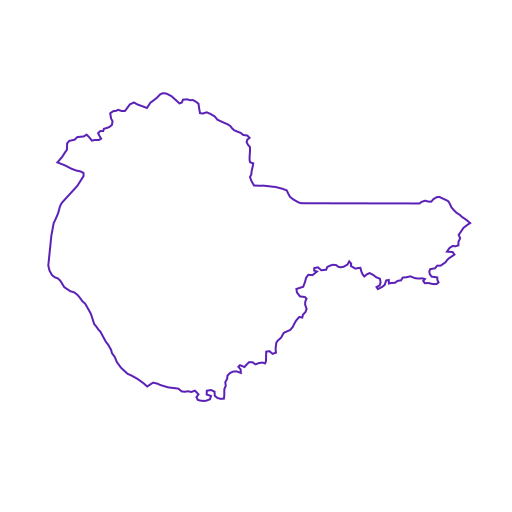 the district of Xambioá, Tocantins, Brazil, rotated 277°
{"feature_id": "56859067B21009603096166", "entity_name": "Xambioá", "entity_type": "district", "adm_level": 2, "iso_a3": "BRA", "parent_name": "Brazil", "parent_adm1": "Tocantins", "projection": "mercator", "projection_center": [-48.449, -6.599], "detail": "fine", "context": "isolated", "style": "outline", "palette": "violet", "viewbox_px": 512, "rotation_deg": 277, "n_neighbors": 0, "source": "geoboundaries", "source_scale": "gbopen_adm2", "svg_char_len": 4163}
<svg xmlns="http://www.w3.org/2000/svg" viewBox="0 0 512 512"><g transform="rotate(277 256 256)"><path d="M113.2,163.9L117.7,169.2L117.3,173.7L116.3,176.7L114.9,184.8L114.9,195.0L112.5,198.9L112.6,201.8L113.5,205.4L113.1,208.2L114.9,211.8L111.7,215.8L108.6,214.1L106.1,215.8L105.7,218.2L105.7,220.7L106.1,223.8L108.2,227.8L111.6,228.4L112.5,223.9L116.3,223.6L117.5,227.8L116.3,231.4L112.2,232.1L110.4,235.0L109.9,238.2L110.5,241.5L113.7,241.5L120.0,240.8L123.5,241.8L127.0,240.9L130.5,242.3L133.9,242.3L136.7,244.5L138.5,247.3L139.1,250.9L138.1,255.2L141.5,254.6L143.9,252.0L145.7,253.4L144.4,258.1L147.5,260.2L149.8,262.1L150.1,265.5L148.4,268.7L150.1,271.9L151.0,275.3L150.5,278.1L152.9,278.7L157.1,278.3L162.3,277.8L163.2,280.9L160.9,284.4L162.5,287.6L165.8,286.8L169.1,286.7L172.7,286.8L175.0,288.2L177.9,290.8L183.1,292.9L186.8,299.0L190.0,301.1L193.5,302.3L197.0,303.8L200.8,306.4L200.5,309.4L203.5,309.8L206.4,311.9L209.4,312.7L214.0,310.6L217.1,310.5L219.8,311.4L221.3,309.4L221.2,304.6L224.8,301.1L228.2,300.1L231.2,306.6L236.1,307.8L240.5,308.4L243.7,310.2L243.9,314.4L248.0,318.4L248.6,315.5L251.1,315.3L252.3,318.9L249.8,322.5L250.9,327.3L253.8,328.1L255.6,330.9L256.7,333.6L256.7,336.7L255.3,339.0L255.1,341.3L256.0,344.3L258.7,347.9L262.0,349.2L260.0,351.4L257.6,351.4L255.6,356.2L256.4,358.6L257.0,361.0L253.4,362.5L250.6,364.2L248.9,366.0L251.1,368.0L252.9,370.8L251.6,374.4L249.6,377.9L248.5,381.8L244.7,382.9L241.9,382.3L239.9,379.4L238.0,381.0L240.8,385.1L242.9,387.2L247.6,388.2L248.4,390.7L244.9,391.3L245.7,393.5L246.4,397.3L248.6,399.6L249.5,402.9L252.5,404.3L253.1,407.5L254.6,411.7L253.4,416.4L253.4,420.0L254.1,423.9L253.7,426.4L251.6,425.0L249.6,426.9L250.2,430.8L249.7,434.6L250.1,438.5L252.0,440.4L254.2,439.0L256.8,438.5L256.9,435.9L256.9,432.9L259.0,430.8L261.6,429.9L264.1,430.5L265.7,435.3L268.5,437.0L268.9,440.4L272.8,444.8L275.0,446.0L277.0,447.5L281.6,452.8L283.9,450.7L283.6,445.0L287.3,446.9L289.9,449.9L289.9,452.5L291.2,455.6L294.9,455.2L298.5,456.5L301.6,454.6L303.9,455.8L309.2,458.5L312.4,461.7L314.8,464.5L317.4,460.5L318.5,458.5L319.8,455.8L321.6,453.4L323.4,449.7L326.0,446.3L328.2,444.0L331.9,441.7L333.9,440.0L334.7,437.8L336.1,433.4L337.0,430.9L336.5,428.4L334.1,425.2L331.3,423.3L331.0,420.6L331.5,417.1L329.9,413.7L328.1,412.0L322.5,365.8L321.0,353.4L320.6,349.7L320.2,347.0L313.9,294.5L314.3,291.8L316.8,285.9L318.8,282.6L322.4,280.0L324.8,278.6L325.8,274.8L326.5,270.1L326.9,266.7L326.8,263.7L326.8,258.2L326.7,254.7L326.2,251.3L325.7,245.5L328.0,243.7L330.3,242.1L333.7,240.4L336.2,241.4L339.3,241.3L344.2,241.8L347.6,242.0L348.3,238.7L350.6,237.9L354.5,237.5L359.0,237.3L363.4,236.7L365.4,234.5L367.8,232.8L370.4,233.2L372.5,235.2L374.5,232.7L374.6,228.4L376.3,225.9L377.2,222.3L378.2,218.9L379.9,216.6L381.7,214.9L383.1,212.3L384.3,208.2L385.7,203.8L386.6,201.1L389.5,198.0L391.5,193.4L392.6,189.6L390.9,185.7L391.0,183.0L395.1,181.7L400.1,180.4L401.8,177.6L403.1,174.3L402.6,171.6L403.1,168.7L402.3,164.5L399.3,163.7L398.1,161.4L400.6,158.0L402.4,155.4L404.3,152.7L405.3,150.0L406.3,147.3L406.2,143.6L404.7,141.1L401.0,138.4L397.4,134.8L395.4,132.6L392.3,131.0L389.6,129.7L390.8,125.0L392.0,119.7L393.5,116.2L391.2,112.4L384.0,108.3L383.5,105.1L384.3,101.4L383.0,99.4L382.4,96.7L379.9,93.9L374.8,95.4L372.2,97.2L368.5,97.0L366.3,94.9L365.1,92.8L363.7,89.5L361.4,89.1L361.0,86.1L358.6,84.3L355.7,86.3L353.6,88.0L352.0,85.9L351.5,81.7L350.5,79.1L353.6,75.9L355.8,73.1L353.6,70.3L352.3,64.2L349.3,61.8L347.5,56.6L344.7,54.8L338.5,55.4L334.7,53.4L331.1,51.7L324.7,47.5L322.6,55.6L320.1,62.2L318.9,67.4L318.6,71.3L317.5,74.6L314.4,75.1L303.8,70.1L285.7,57.2L283.3,56.0L280.8,55.3L277.7,54.9L274.0,54.3L267.8,52.5L264.2,51.2L251.2,50.4L221.2,51.0L216.4,52.8L212.2,55.8L210.3,59.0L209.6,62.1L207.6,64.8L201.7,69.5L198.4,76.1L197.8,79.9L195.7,83.5L193.7,85.7L191.9,87.4L189.8,89.3L188.0,92.1L181.9,96.7L178.4,99.2L175.0,100.8L172.6,101.9L168.7,103.7L166.7,105.9L163.7,108.6L161.9,110.8L159.9,112.2L152.5,117.5L149.8,120.2L145.2,123.6L141.8,125.0L138.9,127.9L133.5,131.0L128.6,135.7L123.4,142.9L122.2,146.9L119.6,153.3L118.0,156.2L115.8,160.2L113.2,163.9Z" fill="none" stroke="#5b21b6" stroke-width="2"/></g></svg>